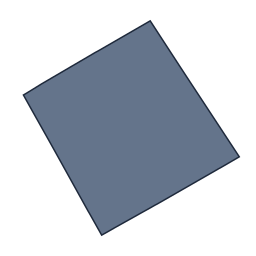 Randolph, North Carolina, United States of America (Robinson projection), rotated 238°
{"feature_id": "52423323B72128668432216", "entity_name": "Randolph", "entity_type": "district", "adm_level": 2, "iso_a3": "USA", "parent_name": "United States of America", "parent_adm1": "North Carolina", "projection": "robinson", "projection_center": [-79.833, 35.713], "detail": "fine", "context": "isolated", "style": "filled", "palette": "slate", "viewbox_px": 256, "rotation_deg": 238, "n_neighbors": 0, "source": "geoboundaries", "source_scale": "gbopen_adm2", "svg_char_len": 476}
<svg xmlns="http://www.w3.org/2000/svg" viewBox="0 0 256 256"><g transform="rotate(238 128 128)"><path d="M51.1,48.9L50.5,62.9L50.5,63.4L49.0,94.3L48.4,106.2L48.4,106.7L48.2,111.2L48.1,111.7L45.4,183.8L45.3,184.8L44.6,207.1L139.6,204.9L153.5,204.6L207.1,203.6L209.2,143.3L209.4,140.4L211.2,78.4L211.3,61.7L211.3,60.5L211.4,56.8L193.5,55.9L193.4,55.9L157.0,54.2L141.1,53.4L78.3,50.1L77.3,50.1L74.8,50.0L51.1,48.9Z" fill="#64748b" stroke="#1e293b" stroke-width="1.5"/></g></svg>